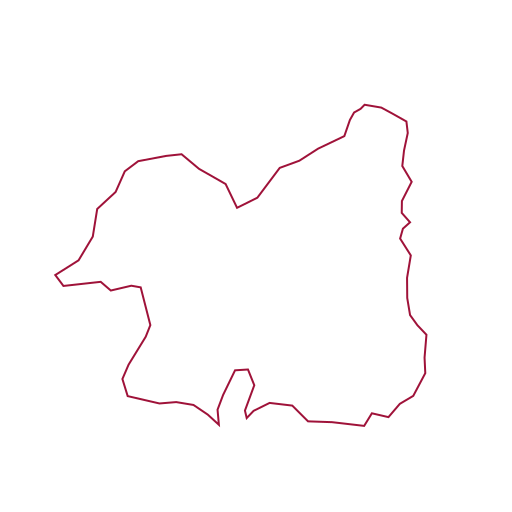 the district of Pitargou, Paphos, Cyprus, rotated 193°
{"feature_id": "46923920B91731553605011", "entity_name": "Pitargou", "entity_type": "district", "adm_level": 2, "iso_a3": "CYP", "parent_name": "Cyprus", "parent_adm1": "Paphos", "projection": "equal_earth", "projection_center": [32.543, 34.831], "detail": "fine", "context": "isolated", "style": "outline", "palette": "rose", "viewbox_px": 512, "rotation_deg": 193, "n_neighbors": 0, "source": "geoboundaries", "source_scale": "gbopen_adm2", "svg_char_len": 1084}
<svg xmlns="http://www.w3.org/2000/svg" viewBox="0 0 512 512"><g transform="rotate(193 256 256)"><path d="M192.7,417.9L195.1,409.7L196.3,398.4L196.9,392.7L219.6,374.6L235.2,358.6L252.7,347.2L267.8,313.1L285.3,298.7L301.8,319.3L331.1,328.1L351.4,338.4L366.1,333.3L392.1,321.9L402.9,309.0L405.6,295.0L407.2,286.8L421.3,266.1L419.4,238.2L427.9,211.9L447.3,192.3L439.1,185.4L436.9,183.5L401.5,195.9L389.7,189.7L370.8,199.0L361.3,199.5L343.4,164.9L345.3,152.5L355.7,121.5L358.5,106.1L349.5,90.6L331.1,90.6L316.9,90.6L300.9,95.7L283.4,96.8L267.3,90.6L254.2,83.2L258.9,97.6L256.8,113.2L250.7,139.9L238.3,143.6L228.6,129.7L232.0,102.9L228.6,96.0L223.5,104.6L209.7,115.9L187.0,118.4L168.1,106.6L144.5,111.2L112.4,114.8L107.7,128.8L90.7,128.8L82.6,144.3L71.3,155.1L64.7,179.9L68.9,194.9L72.2,217.6L83.1,224.8L92.6,233.1L99.2,249.1L103.9,268.7L105.3,291.4L119.5,305.4L119.0,315.7L113.5,323.5L123.7,330.8L126.2,342.4L121.0,363.3L133.7,376.6L135.5,392.1L135.8,410.0L139.7,420.9L156.4,425.8L167.3,428.8L184.2,427.8L187.2,422.9L192.7,417.9Z" fill="none" stroke="#9f1239" stroke-width="2"/></g></svg>